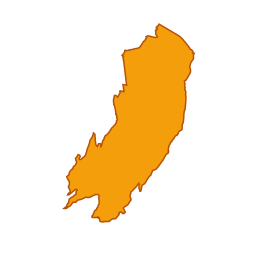 Chiautzingo, Puebla, Mexico (Mercator projection), rotated 312°
{"feature_id": "50627088B78995429412186", "entity_name": "Chiautzingo", "entity_type": "district", "adm_level": 2, "iso_a3": "MEX", "parent_name": "Mexico", "parent_adm1": "Puebla", "projection": "mercator", "projection_center": [-98.514, 19.199], "detail": "fine", "context": "isolated", "style": "filled", "palette": "amber", "viewbox_px": 256, "rotation_deg": 312, "n_neighbors": 0, "source": "geoboundaries", "source_scale": "gbopen_adm2", "svg_char_len": 5811}
<svg xmlns="http://www.w3.org/2000/svg" viewBox="0 0 256 256"><g transform="rotate(312 128 128)"><path d="M226.0,81.6L225.2,81.7L223.5,82.0L222.9,81.6L222.6,81.9L221.6,81.8L221.6,82.0L221.3,82.1L221.6,83.4L221.5,83.5L219.7,83.7L219.6,83.3L219.2,83.1L219.2,83.8L218.2,84.0L217.3,85.0L216.3,85.7L215.8,87.8L215.2,89.0L214.0,88.1L212.4,86.1L212.2,85.5L210.6,82.4L209.7,81.0L209.3,80.7L208.9,80.8L208.5,80.8L207.9,80.3L207.5,81.1L207.0,81.4L206.6,81.5L206.0,81.5L205.5,81.8L205.2,81.7L204.6,82.0L204.0,82.2L202.8,81.6L202.0,81.7L201.0,81.9L200.3,82.2L199.1,82.2L198.1,82.6L197.8,82.4L196.7,82.5L195.6,82.8L195.1,82.4L193.5,81.8L192.7,80.9L187.2,77.2L187.3,77.0L186.9,76.7L186.5,76.6L185.5,76.0L184.0,74.5L184.0,73.9L183.8,73.7L183.5,73.7L182.3,74.6L181.6,74.6L181.1,74.9L180.3,75.0L178.2,74.9L177.9,75.0L178.4,76.7L177.3,76.7L176.5,77.9L175.5,79.0L175.5,79.3L158.9,98.3L157.0,95.2L153.0,99.8L153.0,100.0L152.3,100.6L150.3,97.3L149.6,97.4L149.4,97.9L149.4,98.1L149.2,98.5L148.9,98.5L144.0,99.6L144.1,98.6L144.0,97.3L143.9,96.8L143.7,96.5L143.4,96.4L142.7,96.3L141.8,97.0L139.9,97.9L139.0,98.6L138.3,99.2L135.9,101.7L135.3,103.4L134.8,104.2L133.9,105.2L133.0,106.6L131.9,107.9L131.6,108.4L130.4,109.4L129.9,109.9L130.2,110.4L129.4,111.3L129.2,112.0L128.7,112.3L128.1,112.6L127.8,113.1L127.6,113.8L127.2,114.4L126.7,114.6L126.3,114.5L125.7,114.6L124.5,115.6L121.8,116.1L119.7,116.0L118.9,116.1L116.3,115.9L115.6,116.3L114.9,116.2L113.2,116.6L112.5,116.6L112.0,116.8L111.2,116.7L108.8,116.8L108.0,116.7L107.5,116.2L105.2,116.7L104.5,117.2L103.9,117.3L103.3,117.7L102.5,117.6L101.4,117.9L99.9,118.7L98.8,119.4L95.3,120.7L97.9,118.7L97.8,117.8L96.5,116.6L95.4,117.1L93.8,117.5L93.8,116.4L94.2,115.3L94.4,114.8L96.1,113.0L97.8,111.1L98.1,111.0L99.3,109.4L100.4,108.5L101.3,107.3L101.2,105.7L98.2,107.1L96.9,107.5L93.5,108.0L91.0,109.4L88.3,110.6L85.0,111.8L82.4,113.3L80.9,113.8L79.8,114.5L78.9,114.6L77.5,114.7L74.9,114.1L73.6,114.2L72.6,113.7L72.1,112.9L72.6,112.3L73.4,111.8L74.3,111.8L75.0,111.3L75.4,110.8L75.4,110.3L75.2,109.4L74.8,108.7L72.3,109.3L70.5,109.3L69.9,109.7L68.9,111.2L68.7,112.3L67.5,113.0L66.3,113.5L65.4,113.6L64.4,113.6L63.5,113.4L62.2,113.4L61.5,113.9L60.4,114.4L59.5,113.8L58.7,113.7L56.8,114.0L55.9,114.1L54.6,114.8L53.9,115.4L53.3,115.4L50.9,115.0L50.1,116.3L49.2,119.2L49.0,119.9L48.1,121.1L47.2,122.0L46.1,122.5L44.7,122.9L43.9,123.7L43.2,126.1L42.8,126.7L41.8,127.7L41.0,127.8L40.1,127.6L39.4,127.6L38.5,127.7L37.9,127.9L38.9,128.8L44.0,129.6L47.3,130.0L47.7,130.4L48.0,131.7L47.9,131.8L46.2,131.9L45.1,132.6L44.4,133.7L42.8,133.3L40.0,133.0L39.5,132.7L38.6,132.4L36.2,131.9L35.6,132.0L34.6,132.6L32.5,134.0L31.9,133.6L30.9,134.0L29.7,134.1L28.9,134.9L27.1,134.5L25.3,134.2L25.6,134.7L26.2,135.3L27.5,136.2L29.2,136.3L30.4,136.9L31.3,137.2L32.7,137.2L35.5,136.8L36.1,136.8L37.3,138.3L38.3,139.0L39.0,138.8L39.6,138.9L40.5,138.9L41.8,139.6L42.9,140.5L44.4,141.3L48.5,143.1L49.0,143.8L49.5,144.9L51.2,146.1L54.8,147.5L57.2,148.7L57.9,149.6L58.6,150.6L58.3,152.0L56.4,153.0L55.3,154.5L52.4,157.3L51.6,157.3L50.3,157.7L49.3,158.4L47.3,158.5L46.4,159.1L44.4,158.6L43.3,158.9L42.5,159.4L41.4,159.5L39.6,160.3L39.1,160.4L38.3,160.1L37.5,161.3L40.8,164.9L41.5,164.8L42.0,166.2L42.0,166.4L41.2,166.5L41.4,167.2L41.3,167.9L41.0,168.3L40.4,168.7L40.0,169.4L40.1,170.3L40.9,171.6L41.7,172.3L42.0,172.9L42.6,173.0L43.4,173.6L43.9,174.6L45.5,175.9L45.7,176.4L46.3,176.7L47.4,176.7L48.2,176.9L49.3,177.0L50.4,177.6L51.5,178.8L52.6,179.5L57.2,179.3L58.1,179.0L58.1,178.8L58.4,178.3L58.9,178.3L59.2,178.4L59.3,178.2L59.7,178.1L60.4,178.6L61.1,179.5L60.8,181.2L61.0,181.3L61.3,181.9L62.1,182.3L62.9,182.3L63.9,182.2L64.0,181.8L64.1,180.7L64.6,180.0L65.0,179.1L65.1,178.4L65.4,178.1L65.8,178.0L66.8,178.1L67.8,178.3L68.8,178.8L70.2,179.0L70.8,179.2L73.1,178.9L74.0,178.5L76.0,178.6L76.4,178.4L77.2,177.8L77.7,177.0L78.3,175.5L79.0,174.7L80.6,174.1L82.6,173.0L83.8,173.1L84.7,173.3L86.2,173.4L86.5,173.3L87.1,173.2L88.7,173.5L94.1,173.0L93.4,174.2L90.5,176.4L89.6,178.6L89.0,179.1L89.5,179.7L90.5,179.4L91.4,178.7L92.8,178.1L93.9,177.2L94.9,176.9L97.8,177.6L99.0,177.5L101.9,176.8L105.3,176.3L106.8,176.3L108.1,176.5L112.8,174.8L114.9,175.9L116.3,176.3L117.5,176.4L119.9,176.3L121.4,176.1L123.9,175.9L124.9,175.6L126.2,175.7L127.5,175.5L128.6,175.3L130.0,174.8L131.6,174.6L132.9,174.2L134.3,174.1L135.3,174.4L135.8,174.5L136.2,174.4L136.3,174.6L136.6,174.6L137.2,174.1L137.5,174.1L137.6,173.7L138.1,173.5L138.2,172.8L138.5,172.7L138.6,172.8L140.0,171.5L141.2,171.1L141.4,170.7L142.0,170.5L142.3,170.3L143.4,170.1L143.8,170.1L144.4,169.9L144.7,169.8L145.6,169.4L146.4,169.4L146.7,169.7L147.4,169.5L148.1,169.1L149.0,169.3L149.6,168.9L150.7,169.2L151.1,169.0L151.3,169.1L152.4,168.7L152.9,168.7L153.4,168.6L154.6,168.8L155.8,169.3L156.1,169.1L156.4,169.2L157.5,169.0L158.9,168.2L160.0,168.3L161.0,168.6L161.2,168.8L162.3,169.1L162.6,169.0L163.0,169.1L163.4,168.9L164.4,168.1L166.4,166.2L168.0,165.8L169.6,165.0L171.8,163.4L174.8,161.0L174.9,160.7L175.3,160.6L176.0,160.0L177.9,158.8L178.2,158.5L179.6,158.2L179.8,157.8L180.3,157.7L183.2,155.6L184.5,154.6L187.4,152.4L188.3,151.5L189.9,150.2L190.8,149.1L191.3,148.6L191.7,148.0L192.5,147.7L193.3,147.0L193.8,146.4L194.3,145.5L194.6,144.8L194.6,144.3L196.4,143.4L196.7,142.5L197.2,141.9L197.6,141.6L198.0,141.5L198.6,140.9L198.9,140.8L199.1,140.4L199.4,140.2L200.5,138.5L201.7,138.7L202.1,139.1L204.5,138.7L211.1,137.2L212.4,136.2L214.1,134.2L214.3,133.6L214.6,133.1L215.2,132.6L216.2,132.3L216.7,131.9L217.7,131.4L219.1,130.9L220.4,130.8L221.1,130.5L222.2,130.5L223.3,130.3L224.5,129.2L225.0,128.6L226.4,127.6L227.1,127.5L227.8,127.2L226.9,126.3L226.9,125.8L227.7,125.6L228.3,125.1L228.6,124.1L228.6,122.6L228.1,121.8L228.8,119.9L230.1,112.7L230.1,111.8L230.5,109.7L230.7,106.8L230.6,104.5L226.0,81.6Z" fill="#f59e0b" stroke="#b45309" stroke-width="1.5"/></g></svg>